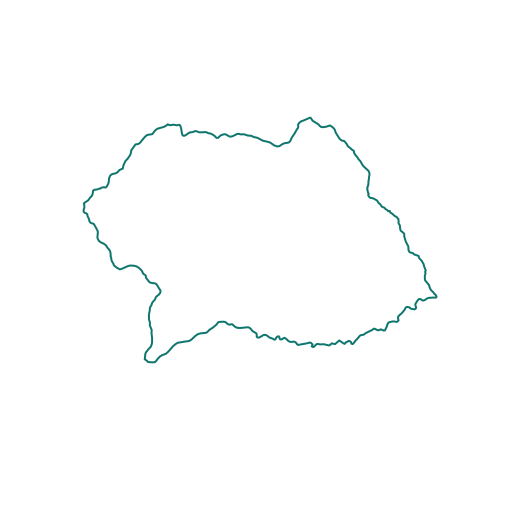 Gama, Cundinamarca, Colombia, rotated 126°
{"feature_id": "7082276B33620598114960", "entity_name": "Gama", "entity_type": "district", "adm_level": 2, "iso_a3": "COL", "parent_name": "Colombia", "parent_adm1": "Cundinamarca", "projection": "albers", "projection_center": [-73.601, 4.727], "detail": "fine", "context": "isolated", "style": "outline", "palette": "teal", "viewbox_px": 512, "rotation_deg": 126, "n_neighbors": 0, "source": "geoboundaries", "source_scale": "gbopen_adm2", "svg_char_len": 6138}
<svg xmlns="http://www.w3.org/2000/svg" viewBox="0 0 512 512"><g transform="rotate(126 256 256)"><path d="M201.3,404.7L204.2,405.6L206.2,406.8L210.2,410.0L211.4,410.7L213.6,411.4L218.0,411.5L218.6,411.7L221.4,414.6L222.9,415.5L225.7,416.0L232.7,416.4L234.0,416.8L235.3,417.7L236.1,418.7L237.0,419.1L243.8,419.0L247.1,417.4L248.8,417.1L253.1,417.0L254.5,417.3L256.2,417.4L260.6,416.5L263.6,415.2L266.7,417.0L269.2,417.2L271.0,417.8L271.7,418.2L273.8,420.1L275.1,420.9L276.7,421.2L279.3,420.6L283.0,418.5L284.3,418.0L287.4,417.6L288.6,417.7L289.0,418.0L289.8,419.4L291.0,420.8L291.9,421.3L292.9,421.5L293.5,422.3L295.4,423.5L297.0,425.2L298.0,426.0L299.0,426.1L302.4,424.4L304.1,424.2L306.0,424.5L309.6,424.5L313.8,426.0L314.8,426.0L315.6,425.0L317.4,423.5L320.5,422.3L321.5,421.3L321.7,419.9L321.2,418.1L321.4,417.0L322.7,415.8L324.3,412.8L325.9,411.0L326.2,410.4L326.3,408.8L325.6,406.9L325.5,405.8L328.3,399.8L328.7,399.0L329.7,397.9L334.1,395.3L334.9,394.5L336.1,392.0L336.2,389.4L335.6,386.9L335.5,384.3L335.8,382.9L336.5,381.4L337.3,378.0L338.0,376.7L339.7,374.9L341.9,373.2L342.6,372.1L344.3,370.5L345.5,368.4L345.9,367.0L346.8,366.0L347.1,365.3L347.3,362.3L346.9,358.5L346.3,357.8L345.2,357.0L340.1,354.1L337.8,352.4L335.7,349.2L334.7,346.8L334.5,345.4L334.5,343.2L334.8,340.9L335.1,339.7L336.7,336.6L336.5,334.4L336.9,333.4L338.2,332.3L339.7,327.3L339.7,326.0L338.7,323.7L337.5,321.6L337.3,320.0L340.0,313.3L340.9,312.3L342.5,311.8L344.3,311.9L347.3,312.7L348.4,312.7L349.5,312.5L350.4,312.1L352.7,312.4L354.8,312.5L357.0,311.8L359.7,311.5L360.6,311.2L362.1,310.2L366.6,308.0L369.8,305.6L370.3,305.2L372.0,302.9L374.6,301.0L377.1,297.0L379.9,295.1L383.5,291.8L386.4,289.7L388.5,288.5L390.9,287.9L391.6,287.8L394.1,288.2L397.2,288.3L398.7,288.4L400.2,288.0L404.9,285.3L404.9,282.8L405.2,281.1L404.5,279.8L402.8,277.1L401.6,275.7L401.0,275.4L400.0,275.1L396.9,275.1L394.0,274.7L391.4,273.7L388.2,271.5L387.1,271.2L384.8,270.7L377.8,270.1L374.0,269.1L372.1,268.2L366.4,262.6L365.0,261.0L363.6,259.9L361.7,259.1L356.7,258.2L353.6,257.2L351.3,255.5L347.8,251.6L346.9,250.9L345.6,250.6L343.2,250.3L339.2,248.8L335.0,247.7L331.7,247.6L330.0,245.9L328.1,243.4L327.5,242.1L327.4,241.0L327.7,239.6L327.5,237.9L326.9,236.8L325.8,235.9L325.2,234.9L325.6,231.6L325.2,229.1L323.8,226.8L318.7,221.0L318.0,219.8L317.9,218.2L318.8,214.5L318.4,211.1L318.5,210.0L319.1,209.3L320.8,208.0L321.0,207.7L320.8,206.4L320.3,205.7L319.1,205.0L315.4,203.4L314.4,202.3L313.9,200.5L314.0,197.0L313.1,194.1L312.9,192.0L312.6,191.6L311.8,191.4L309.7,191.6L308.2,191.1L307.8,190.6L307.6,190.2L307.8,189.6L309.0,188.2L309.2,187.6L309.1,187.2L308.3,186.2L307.6,185.8L306.6,185.6L305.4,184.7L305.3,182.8L305.7,180.0L305.5,178.3L304.9,177.1L303.0,175.0L302.7,174.1L302.6,172.9L303.3,170.5L303.2,169.7L297.0,163.7L294.3,161.5L294.0,160.2L294.3,158.5L294.4,158.2L296.2,157.8L296.3,156.9L296.1,156.4L295.4,155.8L292.1,155.3L291.0,154.6L289.7,152.0L287.4,149.1L285.5,144.4L284.7,143.9L282.1,143.3L281.1,140.8L280.6,140.2L275.5,139.0L275.3,137.9L275.3,134.1L275.0,132.8L274.4,132.4L273.2,132.6L271.7,131.7L270.6,131.4L269.8,130.2L269.7,129.4L269.8,128.6L270.8,127.3L270.6,126.4L270.4,126.1L269.5,125.8L265.5,125.7L263.4,125.3L262.5,125.4L261.9,125.1L260.8,125.3L258.9,124.9L258.1,124.4L256.4,122.6L254.3,122.1L250.6,120.2L248.3,118.9L245.4,117.8L245.0,117.0L244.7,114.5L244.4,113.7L243.8,113.0L242.0,111.9L241.2,108.9L241.0,108.5L240.3,108.0L237.2,108.5L233.2,109.7L231.6,109.5L228.7,107.1L227.8,105.8L226.7,103.6L226.2,103.2L225.1,102.8L224.4,102.8L222.9,104.5L221.5,105.3L219.6,105.2L216.8,104.5L213.3,104.2L211.9,104.2L210.4,104.5L209.4,104.4L208.6,104.1L208.3,103.7L207.3,101.5L207.7,100.5L207.6,99.9L206.2,96.7L205.3,96.0L204.6,95.9L203.7,96.1L202.3,97.9L201.7,98.5L200.7,98.9L197.9,99.1L195.4,99.0L194.4,98.2L194.2,97.8L194.1,95.2L193.7,94.4L192.3,93.5L189.9,92.7L188.3,91.6L185.7,88.5L184.0,86.1L183.5,85.9L182.6,86.2L181.8,87.9L181.9,89.2L181.3,90.6L180.6,94.8L179.0,97.6L178.1,98.5L177.7,99.2L176.5,104.2L176.0,105.3L172.8,107.8L170.7,108.5L169.3,109.9L168.0,110.1L165.6,113.9L164.0,115.7L162.4,119.5L161.9,122.4L160.4,124.7L161.7,128.7L161.5,130.9L162.4,133.1L162.5,134.3L162.0,135.4L161.4,136.3L159.0,138.1L158.2,139.4L156.3,143.3L153.0,147.6L151.5,148.7L150.9,149.3L150.6,150.3L150.5,153.7L149.6,155.0L146.8,157.5L145.8,159.7L145.4,160.2L144.2,160.9L142.4,162.6L142.3,163.4L141.8,165.1L142.1,167.7L141.7,170.5L141.9,172.7L141.8,173.2L141.0,174.2L141.1,174.5L141.8,175.0L142.0,175.3L141.7,176.7L141.9,178.5L141.5,180.5L142.1,183.2L141.0,186.3L141.1,187.8L140.3,189.6L140.0,191.2L140.4,194.6L141.0,196.4L141.7,197.6L141.8,198.5L141.6,199.2L141.1,200.6L140.6,201.1L139.3,201.5L139.1,201.9L138.9,202.7L137.6,203.9L136.8,205.2L135.6,205.6L134.9,206.4L133.4,206.6L131.5,207.5L129.4,209.0L127.3,209.9L126.4,210.6L123.3,212.1L122.1,213.2L121.0,215.1L120.2,221.9L119.5,224.0L118.0,227.1L117.4,230.1L116.5,232.1L115.8,235.3L114.9,237.2L113.4,238.8L113.6,240.7L113.3,242.8L113.2,245.9L113.1,246.5L112.1,248.1L112.0,249.1L111.5,250.5L111.2,252.0L111.3,252.6L112.2,254.5L112.1,257.1L109.8,263.0L109.1,264.3L107.5,266.6L107.0,268.1L106.8,269.8L106.9,272.7L107.0,273.0L109.5,274.7L111.9,276.9L113.3,279.0L113.3,280.5L112.8,283.1L113.3,289.6L112.1,293.1L112.6,293.8L118.3,297.1L119.9,298.3L121.0,298.8L123.0,299.3L125.0,299.2L126.6,297.8L127.7,297.3L129.1,297.4L134.0,296.8L138.0,296.7L140.0,296.5L141.8,296.0L143.7,295.9L145.2,296.4L147.9,299.1L149.7,300.3L153.3,301.6L154.9,303.2L155.3,304.8L155.8,306.0L155.9,311.2L156.9,314.1L158.6,317.9L159.6,324.5L160.9,327.3L161.6,330.6L163.4,333.5L164.3,336.6L164.9,337.6L166.7,340.0L167.4,342.0L168.6,343.1L172.8,345.3L174.5,346.8L175.0,348.2L175.3,351.3L175.6,352.4L176.1,353.2L178.3,355.0L179.1,355.4L182.8,356.2L183.4,356.9L183.6,358.4L183.2,360.0L183.2,362.0L183.6,364.6L184.7,366.8L185.1,369.2L188.6,373.6L189.2,374.5L190.1,377.6L190.6,378.4L191.3,379.1L192.5,379.7L193.3,380.4L195.2,382.4L199.5,383.9L200.9,384.7L201.3,385.3L201.5,386.3L201.3,386.7L199.5,388.9L196.8,391.5L195.2,393.7L194.9,394.6L195.2,395.4L196.9,397.0L198.1,399.7L200.6,402.3L201.1,403.3L201.3,404.7Z" fill="none" stroke="#0f766e" stroke-width="2"/></g></svg>